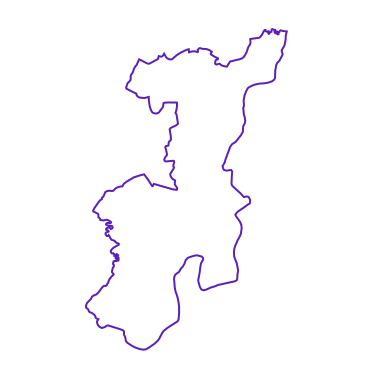 outline of Vinh Loc, Thanh Hóa, Vietnam, rotated 256°
{"feature_id": "81297802B11071874803157", "entity_name": "Vinh Loc", "entity_type": "district", "adm_level": 2, "iso_a3": "VNM", "parent_name": "Vietnam", "parent_adm1": "Thanh Hóa", "projection": "natural_earth1", "projection_center": [105.68, 20.04], "detail": "fine", "context": "isolated", "style": "outline", "palette": "violet", "viewbox_px": 384, "rotation_deg": 256, "n_neighbors": 0, "source": "geoboundaries", "source_scale": "gbopen_adm2", "svg_char_len": 6027}
<svg xmlns="http://www.w3.org/2000/svg" viewBox="0 0 384 384"><g transform="rotate(256 192 192)"><path d="M66.2,135.5L69.8,146.3L70.5,147.3L71.7,148.2L77.9,150.3L84.2,151.8L87.6,152.2L93.0,152.5L99.4,152.0L103.0,152.1L112.1,153.6L113.9,154.3L115.5,155.5L116.2,156.6L117.8,160.3L120.3,162.6L122.0,165.2L124.2,167.3L127.4,169.4L128.9,171.6L129.4,173.8L129.6,178.2L129.6,179.9L129.3,181.6L127.1,185.8L125.2,186.8L123.6,186.4L122.6,185.3L120.6,183.5L118.1,182.3L112.1,180.0L105.2,176.8L103.4,176.5L98.2,176.7L96.2,177.1L94.7,178.0L94.0,179.1L93.8,180.3L93.8,181.8L94.7,186.8L95.0,192.3L95.5,194.2L95.0,212.0L95.3,213.4L95.8,214.3L96.9,214.9L100.9,216.1L104.7,217.8L112.0,218.2L117.6,217.4L119.7,217.4L123.9,218.2L126.8,219.4L129.3,220.9L134.3,224.8L137.7,227.9L139.8,229.4L144.8,231.4L148.1,231.9L151.7,231.3L157.7,228.9L159.5,228.6L161.2,230.5L162.2,232.5L164.5,238.9L166.3,243.1L166.8,245.1L167.4,245.6L170.2,246.5L171.9,246.2L173.3,245.7L173.9,245.2L174.4,244.0L174.6,241.0L178.7,238.9L188.0,232.7L189.5,232.3L190.7,232.4L198.2,234.6L201.0,235.6L202.4,235.9L203.9,235.3L204.4,230.7L205.1,229.2L205.6,228.5L206.7,228.0L209.8,227.9L211.1,229.4L213.1,231.1L215.8,232.6L226.6,240.0L228.7,242.4L229.5,244.9L230.2,246.6L234.9,252.8L237.9,255.8L243.4,257.6L245.7,259.7L248.0,260.8L250.4,261.2L254.8,261.1L261.4,262.1L262.4,262.9L263.2,263.3L268.2,264.2L273.3,266.5L276.7,269.0L278.9,270.9L279.3,271.5L280.0,273.1L280.7,276.4L281.0,279.5L280.8,283.9L279.9,288.9L279.7,292.6L280.0,296.3L280.6,297.9L281.5,299.3L283.0,300.3L289.8,302.2L294.7,304.4L296.3,305.6L298.5,308.8L303.1,312.9L304.0,313.3L307.1,313.1L307.8,313.3L311.4,316.8L312.7,317.6L316.9,319.6L320.5,320.6L324.9,322.8L326.1,319.4L327.4,317.2L327.2,316.5L325.8,315.1L325.9,314.6L327.2,313.4L327.3,313.0L327.0,312.7L326.3,312.9L324.7,314.0L324.3,314.1L324.1,313.5L325.2,312.6L325.9,311.3L326.9,310.8L327.8,310.8L328.9,311.8L329.2,311.9L330.0,310.0L330.7,309.3L330.5,308.6L328.2,307.8L328.2,306.2L326.9,305.3L326.8,304.8L327.6,304.4L329.0,305.3L329.4,305.3L329.6,304.9L329.4,303.7L329.7,302.9L330.3,302.3L331.4,302.5L331.6,301.7L330.9,300.8L327.8,298.1L326.2,296.1L325.5,294.8L325.4,293.8L325.9,290.1L326.3,285.5L322.7,284.9L321.1,284.0L318.9,281.6L314.7,279.0L312.7,277.3L310.4,274.8L309.6,273.0L309.2,269.4L309.4,267.8L309.3,262.5L309.5,260.9L309.3,260.4L305.3,256.3L305.6,255.1L307.3,251.8L309.8,249.7L309.8,246.4L310.4,245.7L311.5,245.6L313.8,246.6L314.3,247.2L314.4,249.0L315.0,249.5L315.5,249.5L318.1,246.3L320.9,243.7L321.9,243.7L322.7,244.8L323.4,245.1L325.6,243.0L327.1,240.8L328.5,236.5L329.6,234.8L329.7,233.6L328.4,231.9L326.6,231.7L326.4,231.2L327.8,228.9L328.4,226.1L328.3,222.9L331.3,223.4L331.3,221.4L330.2,215.6L328.4,210.1L325.7,204.9L325.7,203.7L326.1,202.4L327.6,200.4L328.8,199.6L333.0,198.4L331.4,196.9L330.9,195.9L330.7,194.9L331.9,192.6L329.3,191.2L326.9,181.9L326.9,181.0L327.7,179.5L333.5,172.9L328.2,168.6L327.9,167.7L325.7,165.6L322.1,163.3L320.9,161.7L319.3,160.5L316.3,159.8L315.1,159.0L313.2,155.9L312.4,155.3L309.3,153.4L308.4,153.3L306.9,154.7L300.8,161.8L299.0,161.7L297.0,163.0L296.4,163.8L294.7,168.5L294.7,173.0L291.2,172.3L285.5,171.7L282.1,171.9L279.2,172.6L278.1,173.5L277.2,175.0L276.8,176.5L276.8,178.0L277.1,179.0L281.2,184.0L281.8,184.5L285.1,185.9L285.3,186.8L284.6,190.7L283.1,196.3L282.7,198.4L282.4,199.0L279.5,198.4L277.4,197.6L274.7,196.4L272.8,195.1L271.6,195.6L270.5,195.7L261.6,194.9L260.6,193.1L259.3,186.9L258.3,185.5L251.8,185.0L248.1,184.3L247.4,183.8L246.4,181.9L245.8,181.4L243.0,180.5L242.7,180.0L242.8,177.7L242.4,177.1L241.8,176.9L238.0,177.0L234.2,176.8L233.7,176.4L232.1,174.3L230.2,172.9L228.8,173.0L228.2,173.6L227.9,174.3L227.1,179.8L226.6,181.8L226.2,182.0L225.2,181.9L221.7,180.0L220.2,180.5L219.3,180.0L215.0,175.4L214.3,175.1L212.5,175.1L211.0,175.5L209.4,176.3L207.6,178.2L207.1,178.4L204.4,177.3L203.5,177.2L199.5,178.5L198.0,178.1L197.8,177.5L199.3,173.9L209.1,156.9L207.4,155.5L207.2,155.0L207.7,154.6L214.8,152.3L220.7,149.8L220.8,146.6L220.3,139.2L217.8,131.0L216.6,128.1L214.3,125.7L214.7,123.8L214.4,119.6L212.2,115.7L212.5,114.0L213.2,112.6L213.4,110.5L213.1,108.3L212.7,107.7L209.0,104.9L208.2,103.3L206.7,102.7L206.3,101.1L204.9,99.0L199.7,93.1L197.8,91.5L196.8,91.6L195.7,93.2L193.6,95.4L192.9,95.7L190.2,95.1L188.6,96.2L186.9,96.4L185.9,99.2L185.6,103.0L182.8,106.0L182.1,106.2L181.5,105.5L181.6,104.7L182.5,102.3L182.0,101.1L181.3,100.8L180.8,100.9L179.6,102.7L178.4,106.1L177.9,106.4L176.6,106.4L175.8,105.1L175.7,104.3L177.6,103.5L177.7,101.9L177.6,100.6L176.9,99.7L176.2,99.6L174.9,101.3L174.1,101.6L173.7,101.4L173.6,99.1L173.3,98.5L172.2,97.9L171.3,98.0L170.0,98.6L169.7,99.1L169.7,100.1L170.3,100.7L168.1,101.5L167.2,101.5L165.3,102.3L164.8,102.8L163.6,104.8L162.8,105.5L162.0,105.6L161.4,106.1L160.7,106.7L160.1,107.9L159.6,108.4L159.2,108.4L158.5,108.1L157.1,102.8L156.4,101.4L154.8,99.1L154.0,98.8L152.7,99.0L151.5,99.7L151.6,100.9L150.6,101.5L149.9,101.6L148.9,101.0L148.6,101.2L148.1,102.4L148.1,103.1L148.5,103.3L149.7,103.2L150.0,103.7L149.8,104.2L149.0,104.7L148.4,105.0L147.4,103.9L146.2,104.8L145.6,104.8L145.2,104.4L145.2,103.8L146.2,102.9L147.2,103.1L147.6,102.7L147.6,102.3L146.2,101.9L144.8,103.3L144.3,104.4L143.9,104.3L143.4,104.1L143.3,103.6L143.8,102.4L143.8,102.1L143.3,101.9L143.6,101.1L143.7,99.1L141.3,97.9L140.7,98.4L139.2,98.5L137.4,96.7L134.0,95.0L133.4,95.0L131.1,96.1L130.6,95.7L129.7,93.9L127.3,90.7L125.8,89.5L124.7,89.1L124.0,88.5L123.6,87.8L122.3,86.9L121.7,85.6L122.2,84.0L122.0,83.4L121.2,81.7L117.6,77.5L115.8,74.6L115.3,71.2L114.6,69.7L112.6,68.0L109.7,63.3L107.6,61.8L105.5,61.2L103.4,62.8L100.9,63.2L100.2,63.7L98.9,65.5L96.7,67.4L94.9,68.2L93.9,68.0L93.1,68.2L92.3,68.9L91.2,70.4L89.7,68.8L88.4,68.2L85.6,68.6L83.7,69.5L81.9,71.5L82.0,74.1L82.3,75.5L82.9,76.8L82.8,78.3L76.3,89.1L74.3,91.8L73.4,92.2L72.5,92.2L70.2,91.4L67.5,92.1L63.6,91.8L61.2,92.9L58.1,95.7L55.3,98.7L52.6,102.7L51.3,105.4L50.7,107.0L50.5,109.5L51.6,113.1L54.1,119.5L56.1,122.9L57.6,124.7L62.6,129.1L64.1,131.0L66.2,135.5Z" fill="none" stroke="#5b21b6" stroke-width="2"/></g></svg>